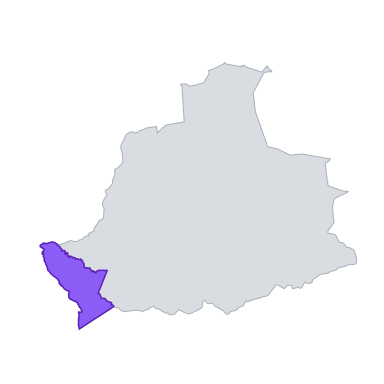 Bolivia, with Pando highlighted, rotated 264°
{"feature_id": "BOL-1938", "entity_name": "Pando", "entity_type": "Department", "adm_level": 1, "iso_a3": "BOL", "parent_name": "Bolivia", "parent_adm1": "", "projection": "robinson", "projection_center": [-66.899, -11.088], "detail": "fine", "context": "in_parent", "style": "filled", "palette": "violet", "viewbox_px": 384, "rotation_deg": 264, "n_neighbors": 0, "source": "natural_earth", "source_scale": "10m", "svg_char_len": 7891}
<svg xmlns="http://www.w3.org/2000/svg" viewBox="0 0 384 384"><g transform="rotate(264 192 192)"><path d="M69.7,223.6L69.1,218.2L68.3,216.8L67.0,215.9L66.6,214.8L67.0,213.7L69.5,211.4L70.8,211.0L71.2,209.9L75.7,203.5L77.1,202.1L78.7,201.2L79.4,200.5L79.1,198.1L79.2,196.5L79.7,195.5L82.8,193.6L83.1,193.2L83.0,192.6L81.6,191.4L78.9,190.4L77.1,190.5L75.3,188.8L71.7,179.0L71.1,176.7L71.1,175.8L73.5,171.0L76.2,167.1L75.9,166.2L72.9,162.4L72.0,160.6L72.3,156.6L74.0,155.5L74.9,151.9L75.6,151.4L77.2,148.9L79.5,146.7L79.6,144.1L80.3,143.3L82.2,142.5L82.4,141.8L82.0,140.0L81.0,138.1L80.2,137.2L79.2,132.6L78.2,130.3L79.3,128.2L80.0,125.8L80.3,123.1L80.1,111.2L82.4,108.2L83.6,107.6L84.7,106.6L84.6,104.7L86.2,102.2L67.5,65.5L74.8,65.6L82.7,66.9L84.1,67.7L84.4,68.9L85.3,69.5L87.4,69.2L93.9,66.0L94.8,65.0L97.1,61.5L98.9,59.6L100.6,58.9L103.8,58.6L104.9,59.2L106.2,59.1L107.3,57.1L109.1,54.9L112.5,52.1L114.3,51.4L115.4,50.4L117.3,50.3L118.9,49.3L126.9,42.3L130.1,40.5L133.8,39.8L136.6,38.8L143.7,37.8L148.2,37.4L149.7,38.4L151.3,38.1L152.7,36.5L153.9,36.0L154.7,36.1L155.9,37.9L156.5,39.9L156.1,41.4L156.2,43.5L156.7,46.4L156.4,48.9L153.8,53.5L153.6,54.9L153.8,56.8L154.5,59.8L156.0,64.1L156.2,67.2L155.2,69.2L154.7,71.0L154.8,72.5L155.1,73.5L155.8,74.1L156.1,75.3L156.2,77.0L157.0,78.7L158.6,80.4L159.2,82.0L158.9,83.5L159.0,84.4L159.5,84.8L160.5,84.0L161.0,84.2L162.1,86.3L162.8,88.4L163.0,89.7L166.4,91.1L170.9,95.2L173.0,96.3L174.9,100.8L178.3,101.8L184.9,102.9L188.1,101.5L190.1,101.7L192.3,102.6L197.2,106.5L199.2,107.1L200.7,106.1L202.0,105.8L203.0,106.2L204.1,109.4L207.8,113.0L209.3,114.0L210.9,113.9L217.9,117.2L219.7,117.5L221.5,117.2L222.7,117.8L223.2,119.8L226.3,123.7L227.8,125.2L229.5,126.5L234.0,126.5L235.3,126.9L244.3,125.7L247.7,127.4L256.1,132.8L257.9,136.3L258.2,138.2L257.7,140.1L257.0,140.9L256.7,142.2L257.0,144.0L258.3,145.7L259.5,151.3L260.3,152.5L260.8,163.6L254.3,163.8L255.4,164.9L261.3,172.9L262.5,191.6L296.4,193.0L297.3,193.0L299.8,191.9L300.4,192.0L300.3,196.9L297.7,200.6L297.6,201.8L297.9,206.8L298.7,210.9L299.1,214.5L300.1,215.6L303.0,217.6L307.4,221.1L309.2,221.6L310.7,221.1L311.6,222.5L311.7,224.9L315.6,235.6L316.3,237.0L317.4,237.8L317.2,238.3L316.2,238.5L315.8,239.3L311.3,254.4L312.4,254.4L312.6,257.4L311.3,257.7L310.9,258.3L303.9,274.0L309.4,279.6L308.8,280.6L306.1,281.4L304.5,283.7L303.2,284.0L303.6,280.1L303.3,276.7L302.8,275.8L284.2,263.2L265.3,263.4L234.3,270.8L229.2,271.7L225.9,281.4L218.4,293.5L218.3,305.4L210.4,333.1L208.5,331.3L207.1,328.7L206.7,327.5L189.4,327.7L188.6,328.2L187.4,328.2L186.5,327.7L185.6,327.7L184.4,328.2L183.3,329.3L177.3,341.9L176.4,346.4L176.0,347.2L175.0,345.6L172.0,336.4L170.4,333.0L168.4,332.0L162.4,330.2L151.6,329.8L148.2,330.2L146.5,329.9L144.6,328.0L140.6,324.7L139.8,323.6L138.2,322.9L137.3,322.9L136.7,323.5L135.2,328.8L134.3,330.3L128.7,332.4L127.2,332.7L126.4,333.9L126.0,335.7L125.4,337.3L121.5,339.6L120.6,340.7L120.1,343.0L117.3,347.0L109.4,348.7L106.8,348.6L105.0,348.4L103.3,347.1L103.1,344.9L103.4,342.5L103.2,339.3L101.8,335.5L101.9,334.2L101.7,332.4L101.0,328.9L99.2,327.1L98.5,321.7L96.9,318.5L96.7,311.0L91.8,302.6L89.8,302.0L89.3,301.5L89.0,300.3L89.1,297.2L90.8,295.0L85.4,291.0L85.1,290.0L85.1,289.1L86.5,287.5L85.6,285.5L85.7,283.6L85.1,282.9L85.1,282.3L85.7,281.8L88.3,281.2L89.1,279.3L89.2,277.8L88.8,276.7L86.3,274.0L86.3,273.5L91.1,266.7L91.0,266.1L90.5,265.4L87.9,263.4L85.0,260.2L83.0,258.6L81.5,257.0L80.7,255.6L80.5,252.0L79.5,248.2L78.1,239.4L77.0,236.1L78.1,234.3L78.0,233.9L73.5,231.3L72.6,227.2L69.7,223.6Z" fill="#d9dde1" stroke="#a8b0b8" stroke-width="1"/><path d="M153.7,35.3L154.3,35.3L154.7,35.5L155.2,36.0L155.5,36.8L155.9,37.9L156.1,38.2L156.4,38.4L156.6,38.8L156.7,39.1L156.6,39.7L156.2,40.6L156.0,41.2L155.9,42.1L156.0,43.1L156.2,44.0L156.6,45.2L156.7,45.7L156.7,46.8L156.8,47.0L157.0,47.5L157.0,47.8L156.9,48.0L156.6,48.6L156.4,49.8L156.1,50.3L155.3,50.8L155.0,51.2L154.8,51.8L154.7,52.2L153.6,52.4L153.3,52.5L153.0,52.8L152.6,53.2L152.3,53.8L152.1,54.2L152.0,54.4L150.2,55.4L149.8,55.8L149.3,56.2L148.9,56.4L148.4,56.4L148.0,56.2L147.5,56.1L147.1,56.3L147.0,56.6L147.1,57.1L147.2,57.6L147.3,58.2L147.2,58.7L147.0,59.1L146.5,59.5L145.6,59.9L145.1,60.0L144.8,59.9L144.7,59.7L144.5,59.3L144.2,59.0L144.0,58.9L143.7,59.1L143.4,59.5L143.3,60.0L143.5,60.2L143.9,60.3L144.2,60.6L144.4,61.0L144.5,61.5L144.3,62.1L143.5,62.1L142.6,61.8L141.8,61.6L141.4,61.8L140.5,62.6L139.8,62.8L139.8,63.0L140.0,63.1L140.3,63.2L140.8,63.0L141.0,63.1L141.1,63.5L141.0,64.0L140.7,64.5L140.5,65.5L140.2,65.9L139.9,66.1L139.5,65.9L139.4,66.2L139.1,66.9L139.1,67.7L139.0,68.5L138.5,69.0L138.2,69.0L137.8,68.8L137.5,68.9L137.5,69.5L137.7,70.3L137.7,70.8L137.5,71.2L136.8,72.2L136.6,72.6L136.5,73.2L136.6,73.5L136.9,73.7L137.0,74.0L136.8,74.5L135.6,74.8L135.6,75.3L135.5,75.8L134.8,75.9L133.4,76.1L132.3,76.9L131.7,77.1L130.3,76.9L128.4,77.1L127.9,77.3L127.7,77.7L127.7,78.3L127.7,78.9L127.7,79.4L127.2,80.0L127.1,80.5L127.2,81.6L127.2,82.2L126.9,82.6L126.5,82.8L125.8,82.8L125.5,82.9L125.2,83.2L124.9,83.6L124.7,83.9L124.3,83.9L123.9,83.8L123.5,83.9L123.2,84.1L123.2,84.5L123.4,84.9L123.7,85.2L123.8,85.5L123.6,86.0L123.3,86.3L123.0,86.6L122.6,86.7L122.2,86.7L121.9,86.8L121.8,87.2L121.9,87.8L122.0,88.2L122.2,88.3L122.3,88.2L122.5,88.1L122.9,88.6L123.4,89.5L123.7,90.7L123.8,91.9L123.7,92.9L123.4,93.9L123.4,94.5L123.5,95.1L123.5,95.6L123.3,96.2L123.1,96.7L122.9,97.2L123.0,97.6L123.1,98.0L123.2,98.4L123.1,98.9L122.7,99.4L101.4,88.2L101.0,88.1L100.8,88.8L100.5,89.3L100.2,89.6L99.7,89.8L99.1,89.9L98.7,89.9L98.2,90.2L96.6,90.5L96.0,90.8L95.6,91.5L95.5,93.2L95.3,94.0L94.8,94.6L92.3,96.1L91.9,96.8L90.9,99.5L90.5,100.2L90.3,100.4L89.8,100.5L89.5,100.3L89.2,100.1L88.8,99.9L88.3,100.0L88.1,100.3L87.7,101.6L87.3,102.0L87.2,102.1L86.3,102.1L86.1,102.0L85.6,101.0L83.4,96.7L81.2,92.4L79.0,88.1L76.9,83.8L74.7,79.5L72.5,75.2L70.3,70.9L68.1,66.7L68.0,66.4L67.9,66.2L67.8,65.9L67.7,65.8L67.6,65.6L69.1,65.6L69.9,65.5L71.3,65.1L72.0,65.2L72.7,65.4L73.5,65.5L74.6,65.5L76.3,65.7L77.0,65.9L77.8,65.8L78.1,65.9L79.6,66.7L79.9,66.7L80.0,66.7L80.5,66.6L81.5,66.9L82.0,67.0L82.5,66.9L83.1,66.6L83.6,66.5L84.3,66.7L84.6,66.9L84.3,67.4L84.0,68.0L83.9,68.6L84.0,69.6L84.1,69.8L84.6,70.0L87.6,69.3L88.2,69.0L89.2,68.1L90.1,67.7L90.5,67.7L90.8,67.7L91.2,67.7L91.5,67.6L92.1,67.0L92.5,66.7L93.5,66.6L93.9,66.5L94.3,66.1L94.7,65.7L95.0,65.2L95.3,64.6L95.9,63.2L96.2,62.8L97.3,61.4L98.1,59.8L98.4,59.4L98.8,59.1L99.5,58.7L99.8,58.6L100.2,58.5L100.8,58.6L103.3,58.5L103.6,58.6L103.9,58.7L104.3,58.9L105.1,59.6L105.5,59.8L106.2,59.6L106.5,58.9L106.7,58.1L107.0,57.4L107.2,57.1L107.8,56.5L108.1,56.2L108.5,55.4L108.7,55.1L109.1,54.8L109.5,54.7L110.2,54.2L111.1,53.9L111.5,53.6L111.8,53.2L112.1,52.8L112.2,52.5L112.2,52.3L112.3,52.1L112.5,51.9L113.6,51.9L113.9,51.8L114.1,51.7L114.3,51.3L114.2,50.8L114.2,50.6L114.5,50.5L115.0,50.4L115.8,50.3L116.2,50.4L117.0,50.6L117.4,50.6L117.6,50.5L117.8,50.2L117.9,49.9L118.1,49.7L118.3,49.7L118.7,49.6L118.9,49.6L119.9,49.0L123.3,45.1L126.0,42.7L126.4,42.5L128.1,41.7L128.3,41.6L128.4,41.4L128.5,41.1L128.6,40.9L128.7,40.7L128.9,40.6L131.4,40.1L132.7,40.2L133.1,40.2L133.5,40.0L134.3,39.5L134.7,39.3L136.7,39.0L137.1,38.8L137.8,38.3L138.1,38.2L139.3,38.0L139.5,38.3L139.7,38.2L139.9,37.9L140.0,37.8L140.3,37.8L140.7,37.9L141.2,38.3L141.5,38.3L141.9,38.2L142.8,37.6L143.2,37.5L143.6,37.4L143.9,37.5L144.7,37.7L145.0,37.7L145.6,37.2L145.6,37.3L145.7,37.5L145.8,37.7L145.9,37.8L146.1,37.8L146.2,37.6L146.2,37.3L146.2,37.1L146.4,36.7L146.5,36.6L146.6,36.9L146.7,37.1L146.7,37.3L146.8,37.4L147.0,37.5L147.8,37.1L148.2,37.1L148.1,37.6L148.0,37.9L148.1,38.0L148.3,38.0L148.5,38.0L148.7,37.9L148.8,37.9L148.9,38.0L149.1,38.2L149.2,38.3L149.8,38.8L150.1,38.9L150.5,39.0L150.8,39.0L150.9,38.9L151.0,38.6L151.1,38.3L151.1,38.2L151.5,38.1L151.8,37.7L152.0,37.4L152.1,37.2L152.2,36.8L152.3,36.6L153.3,35.7L153.5,35.3L153.7,35.3Z" fill="#8b5cf6" stroke="#5b21b6" stroke-width="1.5"/></g></svg>